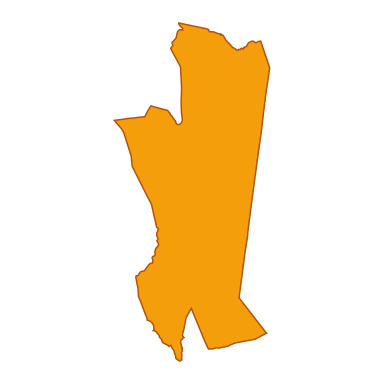 Engerdal nor, Hedmark, Norway (orthographic projection)
{"feature_id": "86288312B32893116539202", "entity_name": "Engerdal nor", "entity_type": "district", "adm_level": 2, "iso_a3": "NOR", "parent_name": "Norway", "parent_adm1": "Hedmark", "projection": "orthographic", "projection_center": [11.825, 61.975], "detail": "fine", "context": "isolated", "style": "filled", "palette": "amber", "viewbox_px": 384, "rotation_deg": 0, "n_neighbors": 0, "source": "geoboundaries", "source_scale": "gbopen_adm2", "svg_char_len": 5781}
<svg xmlns="http://www.w3.org/2000/svg" viewBox="0 0 384 384"><path d="M114.3,120.4L121.8,129.2L123.8,132.8L131.2,156.1L132.2,166.4L133.0,168.0L134.1,170.1L136.9,175.7L137.3,176.4L138.6,179.2L139.9,181.7L146.4,194.6L151.4,204.1L151.8,205.7L153.9,215.3L155.1,220.4L156.6,227.2L156.7,227.3L158.0,228.2L158.2,228.4L158.4,228.7L158.4,229.0L158.3,229.3L157.9,230.1L157.8,230.5L157.7,230.8L157.6,231.4L157.6,231.6L157.0,232.5L156.8,232.8L157.0,233.4L157.1,233.5L156.8,234.2L156.7,234.9L156.8,235.4L157.0,236.0L157.1,236.4L157.2,236.8L157.4,237.3L157.8,237.8L157.9,238.2L157.8,238.9L157.8,239.1L157.6,239.8L157.3,240.1L156.9,240.8L156.9,241.0L157.0,241.4L157.2,241.6L157.4,241.8L157.8,242.2L158.1,242.7L158.2,243.0L158.2,243.4L158.2,243.7L158.5,244.3L158.5,244.9L158.5,245.2L158.4,245.5L157.5,246.4L157.1,247.0L156.6,247.5L155.8,248.5L155.7,249.0L155.5,249.5L155.3,250.0L155.1,250.8L155.0,251.5L154.7,252.2L155.2,253.0L155.3,253.5L155.3,253.8L155.2,254.4L154.3,255.9L154.0,256.1L153.7,256.2L153.2,256.2L152.5,256.8L152.2,257.2L152.1,257.6L152.1,257.8L152.3,258.4L152.4,258.8L152.7,259.6L152.8,260.2L152.9,260.5L152.9,260.9L152.6,261.9L152.6,262.3L152.6,262.6L152.6,262.8L152.2,263.2L151.8,263.2L151.2,263.3L150.2,263.4L149.7,264.0L149.0,264.5L148.5,265.1L147.9,266.1L147.4,266.8L146.9,267.2L146.8,267.4L146.0,268.3L145.4,269.5L145.0,269.8L144.7,270.3L144.2,270.8L143.3,271.2L142.5,271.2L141.7,271.3L140.4,272.0L140.1,272.3L139.8,272.8L139.3,273.5L138.6,274.6L138.3,275.0L137.5,275.8L136.4,275.7L135.8,276.7L135.7,277.1L135.9,277.5L135.9,277.9L136.0,278.4L136.1,278.9L137.1,284.3L138.0,288.3L138.0,288.9L138.1,290.6L138.3,293.5L138.4,294.7L138.4,296.5L140.7,301.5L141.2,303.1L145.1,313.6L146.9,317.7L147.3,320.2L149.5,320.8L151.7,322.4L153.5,325.1L154.0,329.6L153.2,330.6L154.7,330.9L156.8,332.3L157.1,333.2L159.1,335.3L159.4,337.1L161.3,339.1L162.6,342.6L168.2,345.4L168.9,346.5L170.8,345.3L172.3,348.4L174.2,351.3L174.4,352.7L174.5,352.9L174.7,354.0L175.4,355.1L175.7,357.2L175.9,358.2L176.3,358.9L177.3,359.3L178.6,360.7L179.3,360.9L180.1,361.0L180.5,360.8L181.5,360.2L181.7,359.8L181.8,359.4L181.3,359.1L181.7,358.3L181.7,357.9L181.6,357.6L181.6,357.3L181.8,356.9L181.7,356.6L181.8,356.1L181.7,355.9L181.7,355.7L181.6,355.3L181.7,355.0L181.9,354.7L181.9,354.4L181.7,353.0L181.5,352.8L181.5,352.5L181.8,351.7L182.0,351.5L182.1,351.3L182.1,351.2L182.2,350.7L182.2,350.4L182.2,350.2L182.2,349.9L182.2,349.6L182.1,349.3L182.2,349.0L182.2,348.9L182.3,348.4L182.2,347.9L182.2,347.6L182.0,347.3L181.9,347.1L181.7,346.8L181.5,346.2L181.4,346.0L181.4,345.7L181.3,345.3L181.3,345.2L181.3,344.4L181.3,344.0L181.0,343.7L180.8,343.4L180.7,342.9L180.6,342.7L180.6,342.4L180.6,342.2L180.7,341.6L180.7,341.2L180.7,340.9L180.9,340.3L181.0,340.0L181.0,339.8L181.1,339.7L181.5,339.7L182.4,339.0L182.4,338.8L182.7,338.7L182.8,338.3L183.1,338.2L183.8,337.7L184.0,337.6L183.5,337.1L183.4,336.8L182.9,336.2L182.4,335.4L182.5,334.6L183.9,329.1L186.1,317.6L191.3,308.3L205.0,341.8L208.4,349.0L211.5,348.9L212.9,348.8L213.7,348.6L216.3,347.8L219.5,348.1L220.1,347.9L222.9,347.1L223.6,347.0L224.3,347.0L224.9,346.9L227.3,346.2L228.0,346.2L229.8,345.2L235.0,343.0L251.0,340.0L255.3,339.1L266.6,333.1L266.0,332.6L239.0,297.8L239.6,293.6L245.2,250.9L247.5,236.8L247.7,235.2L247.7,232.8L252.3,197.4L255.3,174.9L257.0,162.2L258.8,149.5L259.5,144.4L261.5,130.6L263.7,111.0L266.0,93.1L269.7,67.9L260.7,41.1L258.4,41.4L258.2,41.6L257.8,42.0L256.2,42.6L255.8,42.7L255.3,42.6L254.8,42.3L254.5,41.8L253.5,41.3L252.5,41.3L252.0,41.1L251.8,41.1L251.5,41.3L250.4,41.9L249.4,42.3L248.5,42.8L248.0,43.7L247.6,44.1L247.5,44.5L247.4,44.8L247.2,45.2L246.7,46.0L246.3,46.4L245.8,46.7L245.1,47.0L244.0,47.2L243.9,47.5L243.9,48.0L243.7,48.6L243.5,48.9L243.2,49.0L242.7,49.0L242.5,48.8L242.2,48.4L241.8,48.2L241.5,48.3L241.2,48.4L240.9,48.6L240.7,49.0L240.5,49.4L240.4,49.5L239.8,49.5L239.2,49.4L238.5,49.5L238.4,49.8L238.2,50.1L237.9,50.2L236.5,50.1L236.4,50.0L236.2,49.5L236.0,49.4L235.7,49.1L234.3,48.2L234.0,48.2L233.0,47.6L232.4,47.2L231.8,46.6L230.8,45.3L230.3,44.6L229.3,43.7L228.4,42.8L227.2,41.8L227.2,41.6L226.0,40.3L225.6,39.7L225.0,38.6L224.8,38.3L224.0,36.8L224.0,36.6L223.8,36.4L223.5,35.9L223.3,35.7L222.6,35.0L222.2,34.8L221.6,35.1L220.8,35.2L220.7,34.9L221.0,34.5L220.9,34.2L220.7,33.9L220.2,34.1L219.0,33.7L218.3,33.7L217.6,33.5L217.5,33.4L216.6,33.1L216.3,32.9L216.1,32.8L215.8,32.8L215.3,32.6L215.2,32.5L215.1,32.4L214.8,32.4L214.5,32.3L214.2,32.0L213.7,31.8L213.2,32.0L211.6,31.7L209.9,31.8L209.3,31.5L209.0,30.8L208.6,30.0L208.5,29.8L208.5,29.6L208.3,29.4L207.9,29.4L207.6,29.1L207.2,28.9L178.8,23.0L178.7,23.5L178.9,24.1L179.2,24.6L179.8,25.4L180.2,26.1L180.7,26.5L181.2,27.0L182.0,27.6L182.5,28.3L182.7,30.0L180.6,29.6L179.5,29.6L179.0,30.1L177.6,31.7L176.7,35.1L176.5,36.0L176.3,37.0L176.1,37.9L175.5,38.7L174.2,40.1L173.5,41.0L172.3,42.0L172.0,42.5L172.1,43.3L172.8,45.0L172.9,45.6L172.3,46.3L171.0,47.8L170.7,48.4L170.9,48.9L180.5,66.8L181.0,76.3L181.0,76.9L181.1,77.4L181.2,78.1L181.1,78.6L181.2,79.7L181.2,80.3L181.2,81.6L181.3,82.1L181.4,83.3L181.4,84.7L181.5,85.4L181.5,86.9L181.6,87.5L181.3,96.9L181.3,98.0L181.1,100.7L181.3,108.9L181.4,110.6L181.4,111.1L181.5,112.0L181.5,112.5L181.7,114.5L181.9,116.0L182.1,116.8L182.3,118.4L182.2,119.8L182.2,120.9L181.8,122.0L181.3,122.9L180.4,123.9L179.7,124.3L179.0,124.5L178.5,124.5L177.8,124.4L177.3,124.3L176.8,124.0L176.4,123.6L175.8,122.6L175.7,121.7L175.3,120.7L174.6,120.1L173.7,118.7L172.9,117.8L172.7,117.5L172.4,117.0L172.4,116.9L171.9,116.1L171.1,115.4L170.8,115.2L170.3,114.3L170.2,113.8L169.9,113.5L169.8,113.1L169.7,112.9L169.3,112.6L168.7,111.9L168.2,111.1L167.7,110.5L158.4,108.0L151.0,105.9L147.5,111.3L145.3,115.6L144.9,116.8L138.6,117.3L134.8,117.9L127.5,118.5L125.5,118.9L114.3,120.4Z" fill="#f59e0b" stroke="#b45309" stroke-width="1.5"/></svg>